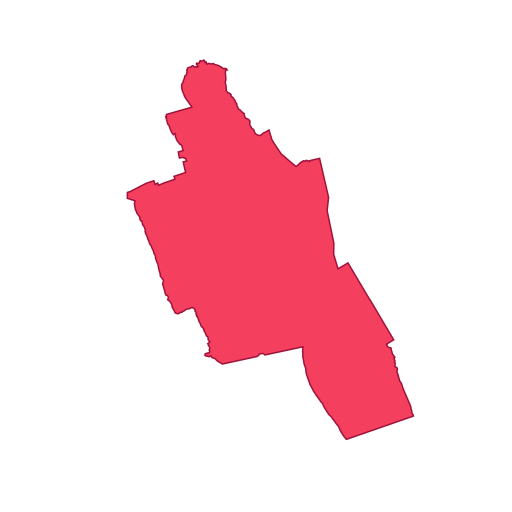 the district of Clare and Gilbert Valleys, South Australia, Australia, rotated 161°
{"feature_id": "25037944B42711318671021", "entity_name": "Clare and Gilbert Valleys", "entity_type": "district", "adm_level": 2, "iso_a3": "AUS", "parent_name": "Australia", "parent_adm1": "South Australia", "projection": "natural_earth1", "projection_center": [138.774, -34.015], "detail": "fine", "context": "isolated", "style": "filled", "palette": "rose", "viewbox_px": 512, "rotation_deg": 161, "n_neighbors": 0, "source": "geoboundaries", "source_scale": "gbopen_adm2", "svg_char_len": 6115}
<svg xmlns="http://www.w3.org/2000/svg" viewBox="0 0 512 512"><g transform="rotate(161 256 256)"><path d="M159.3,53.4L159.1,54.9L159.6,55.7L159.6,57.8L159.1,58.8L159.2,61.3L158.9,62.0L158.7,64.2L160.1,82.4L160.0,84.8L160.1,88.5L160.4,90.0L160.8,90.7L160.8,92.0L160.6,92.8L160.7,93.6L160.6,93.9L160.7,94.5L160.5,95.5L160.7,96.2L160.3,96.8L160.6,97.2L160.4,97.7L160.5,100.6L159.3,102.6L159.1,103.5L159.2,104.9L160.0,105.2L160.4,105.9L160.6,106.6L159.4,108.9L159.2,110.0L159.5,110.5L159.5,111.1L159.0,111.4L158.7,112.0L158.9,112.7L158.8,113.4L159.0,114.5L157.8,114.8L157.7,115.2L158.9,118.8L158.7,121.3L158.8,123.5L158.5,123.9L158.3,124.5L158.5,125.4L160.0,126.0L161.1,127.7L161.2,128.4L161.0,128.9L161.4,130.1L153.1,131.9L162.4,177.3L162.6,177.5L171.3,219.5L182.6,217.2L182.0,232.3L178.2,242.8L174.0,275.7L168.3,287.7L164.1,327.6L174.5,328.7L174.7,328.1L175.0,328.0L175.5,328.3L176.0,329.0L177.1,330.0L177.6,330.1L178.4,329.6L178.7,329.5L179.7,330.4L180.2,330.6L180.5,330.6L181.0,330.1L182.5,330.2L186.2,328.7L186.5,328.3L188.0,327.8L189.1,327.7L195.4,338.2L195.9,338.9L195.8,339.1L198.9,344.3L201.1,352.2L203.1,360.5L202.7,370.9L206.5,370.1L208.9,369.9L212.6,368.5L214.3,369.3L215.3,370.1L216.7,371.7L217.1,374.0L217.0,376.1L218.5,378.5L218.9,380.9L219.1,381.4L219.1,382.2L218.7,383.4L218.6,384.1L217.9,384.8L217.9,386.2L219.1,388.2L220.2,388.9L220.3,389.2L221.0,389.7L221.3,391.8L221.1,392.7L221.3,393.6L220.8,394.4L222.7,397.3L223.6,399.6L224.6,400.2L225.1,404.8L224.6,405.7L225.4,409.2L225.2,410.1L225.6,410.8L225.8,411.5L225.9,412.8L227.0,414.3L227.4,416.0L227.1,416.6L227.3,417.6L228.0,418.2L228.5,419.0L229.3,419.2L230.3,421.8L229.6,424.1L229.0,426.3L228.5,430.6L227.6,431.5L226.8,433.3L225.2,439.6L224.2,441.5L222.7,441.3L223.4,443.0L224.1,443.3L224.3,443.6L224.7,443.5L224.7,443.4L224.9,443.6L225.5,443.7L226.5,444.3L226.4,444.5L226.8,445.3L228.3,447.1L229.6,448.3L229.8,448.6L232.6,450.4L233.5,451.6L233.6,451.9L234.4,451.8L235.8,452.2L236.0,452.4L236.5,452.4L237.0,452.9L238.3,453.6L239.5,453.3L239.8,453.4L240.0,453.6L240.2,454.0L240.3,454.7L239.8,455.2L239.8,455.5L240.2,455.8L240.9,455.8L241.3,456.1L241.4,456.5L241.0,457.2L241.3,458.0L241.5,458.2L244.0,457.9L244.6,457.9L244.9,458.4L244.9,458.7L245.3,458.8L246.0,458.2L246.8,457.2L247.4,456.9L248.5,457.2L248.9,457.6L249.2,457.7L249.6,457.4L249.9,456.9L249.7,456.1L249.3,455.7L249.1,454.0L249.8,453.7L250.7,454.4L251.6,454.6L252.7,454.6L252.9,454.7L253.4,456.0L253.4,456.3L253.6,456.4L254.5,456.5L255.4,456.3L255.8,456.1L256.2,455.7L256.6,455.7L257.4,456.1L257.8,456.2L259.4,456.0L259.8,455.8L260.1,455.0L261.1,454.1L261.1,452.5L261.9,451.6L262.7,450.2L263.1,449.9L264.8,449.3L265.8,447.4L267.6,445.4L268.7,443.7L270.2,442.6L270.5,442.2L271.4,439.5L271.7,437.8L271.8,435.4L271.4,428.9L268.1,417.6L294.7,419.0L295.5,416.2L296.0,416.7L296.5,409.5L295.8,407.9L295.8,403.9L295.3,399.4L294.6,397.5L292.7,398.1L292.7,396.4L293.3,395.7L293.2,392.0L293.0,391.1L293.0,390.3L292.1,388.0L291.9,386.9L291.2,386.1L290.5,385.1L290.2,383.5L290.5,382.1L290.4,381.5L290.5,379.4L295.6,379.7L296.5,373.6L292.4,372.9L292.2,372.1L291.7,371.7L290.8,371.2L290.8,369.6L290.6,368.4L294.2,368.7L295.4,357.9L307.6,358.0L307.6,355.0L319.4,355.0L325.2,354.6L325.2,357.0L328.1,356.5L328.1,360.4L336.2,360.5L354.1,357.9L356.9,358.0L358.9,352.4L352.4,347.6L353.6,345.8L354.0,344.9L354.9,339.2L354.6,337.1L354.7,335.3L354.1,333.6L353.7,331.9L353.2,331.2L353.3,330.4L353.6,330.0L353.5,329.0L353.8,328.1L353.8,327.7L353.5,327.1L353.3,326.5L352.9,326.0L352.4,325.8L352.7,325.2L352.7,324.1L353.0,323.5L352.9,322.0L352.6,320.9L352.3,320.5L352.2,319.8L352.2,318.6L352.3,317.9L352.0,317.1L352.1,316.6L352.2,316.2L352.9,315.5L352.8,314.2L353.1,313.8L353.1,313.4L352.7,311.7L352.8,310.7L352.6,309.4L352.7,308.7L352.7,306.9L352.4,303.9L352.6,303.2L352.5,301.6L352.4,301.2L351.8,300.0L351.8,297.8L351.4,293.9L351.6,291.6L351.5,290.9L351.1,289.7L351.2,288.7L351.7,286.7L351.6,285.9L351.8,282.7L351.4,280.8L351.7,278.3L352.0,276.7L352.2,273.8L352.4,273.2L352.3,271.7L352.4,271.0L352.4,269.7L352.8,269.1L353.0,268.3L352.5,266.6L352.2,266.2L352.2,265.7L352.0,264.6L351.6,264.3L351.6,262.8L351.7,262.4L353.0,260.6L353.6,259.3L353.3,257.7L353.6,256.4L353.6,254.5L353.8,252.9L353.8,252.0L354.0,250.4L353.9,248.7L353.7,248.1L352.6,247.4L352.5,247.0L352.3,246.4L352.4,244.8L353.7,243.7L353.5,242.8L352.1,241.1L352.1,240.7L351.9,239.9L351.6,238.2L351.5,236.0L351.9,235.3L351.9,234.5L351.6,233.7L351.6,233.1L351.5,232.0L351.2,231.3L350.9,228.6L350.8,228.3L350.3,228.1L350.0,227.6L348.7,226.8L347.6,226.8L346.1,227.1L345.5,227.4L344.7,226.9L344.1,227.0L343.2,227.4L341.3,227.6L339.6,228.4L338.4,228.2L337.6,228.2L336.3,227.9L335.2,227.8L334.3,228.2L333.0,228.1L332.6,227.5L331.7,226.8L331.5,226.4L331.5,226.0L331.3,225.3L331.3,224.2L331.6,223.3L331.3,223.1L330.9,222.1L331.0,221.4L331.7,220.7L331.4,219.7L331.7,218.4L331.2,217.6L331.2,217.0L330.9,216.5L331.1,215.3L331.2,212.6L330.8,211.1L330.6,207.0L330.1,206.5L329.2,204.3L329.5,203.0L329.2,202.4L329.4,201.8L328.8,198.7L329.0,198.3L328.7,196.2L328.0,195.6L328.0,193.7L328.5,192.9L327.9,190.2L327.7,190.0L329.0,189.2L330.2,188.8L329.9,188.1L330.1,187.4L329.5,184.2L330.8,182.4L330.9,182.0L330.7,181.1L330.9,180.6L331.3,180.1L331.5,179.8L331.8,179.8L333.9,180.1L335.9,180.0L336.2,179.7L336.6,178.6L336.5,178.4L335.2,177.3L334.1,176.9L333.4,176.2L332.4,175.9L331.7,176.4L330.8,175.8L330.7,174.2L328.2,172.5L327.1,170.0L326.1,168.4L325.4,167.9L324.8,166.9L324.3,166.5L323.0,164.8L287.4,160.6L286.9,160.9L285.6,161.3L284.9,162.0L284.2,162.2L281.3,161.6L280.5,161.0L279.7,159.5L241.3,154.9L242.6,151.2L243.1,150.6L243.1,149.4L243.5,148.8L243.9,146.8L244.6,145.5L244.6,144.4L245.7,137.8L245.6,136.4L245.6,134.7L245.9,131.8L246.5,129.9L246.8,126.7L246.7,118.1L246.9,117.3L246.5,116.3L245.6,109.3L244.9,107.0L244.8,106.3L244.3,104.4L243.8,103.4L243.9,102.6L243.4,102.0L243.0,99.8L242.6,99.1L242.2,97.3L241.3,95.3L241.0,94.0L240.9,92.0L240.7,91.3L240.7,90.5L238.9,83.0L238.4,81.6L237.7,80.5L236.7,78.3L236.6,77.2L235.2,73.4L235.0,72.1L233.4,67.8L233.3,65.3L232.9,62.1L231.7,57.1L230.2,53.2L159.3,53.4Z" fill="#f43f5e" stroke="#9f1239" stroke-width="1.5"/></g></svg>